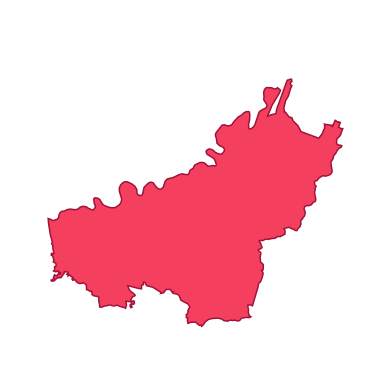 outline of Balteni, Gorj, Romania, rotated 107°
{"feature_id": "2599482B88811296912065", "entity_name": "Balteni", "entity_type": "district", "adm_level": 2, "iso_a3": "ROU", "parent_name": "Romania", "parent_adm1": "Gorj", "projection": "orthographic", "projection_center": [23.271, 44.874], "detail": "fine", "context": "isolated", "style": "filled", "palette": "rose", "viewbox_px": 384, "rotation_deg": 107, "n_neighbors": 0, "source": "geoboundaries", "source_scale": "gbopen_adm2", "svg_char_len": 6016}
<svg xmlns="http://www.w3.org/2000/svg" viewBox="0 0 384 384"><g transform="rotate(107 192 192)"><path d="M259.4,321.8L263.5,320.2L274.1,315.1L279.4,311.7L281.2,310.9L282.6,311.1L283.3,309.7L287.0,308.4L290.9,306.2L291.4,306.1L291.7,308.2L292.3,308.5L293.1,308.3L293.6,308.0L293.1,307.3L293.9,306.9L294.1,306.3L296.1,305.2L297.7,303.8L298.8,304.3L299.5,304.1L300.0,301.6L300.8,300.9L302.6,300.3L303.7,301.6L306.8,300.5L308.0,301.3L308.2,298.9L306.9,297.6L307.1,297.3L306.8,296.9L306.8,296.2L307.6,296.4L308.0,295.9L308.1,295.0L307.5,294.6L307.6,294.0L309.0,294.1L309.1,295.7L309.3,296.0L311.5,296.3L311.5,297.9L311.8,298.5L311.4,299.3L314.2,299.5L315.2,298.5L316.3,299.8L316.9,299.9L317.5,301.0L318.0,300.6L318.3,299.9L317.1,297.7L313.7,295.9L312.1,292.2L306.9,290.5L306.1,290.9L305.9,290.3L305.2,290.3L305.0,287.3L305.5,286.7L306.1,286.6L307.3,287.8L307.7,286.3L307.4,285.8L308.3,285.8L307.5,285.2L307.3,284.0L308.0,283.3L308.6,280.6L309.1,280.4L310.3,281.3L310.5,280.8L311.2,280.3L310.1,278.2L311.8,276.0L312.3,274.0L312.4,272.6L311.4,270.3L310.5,269.7L310.8,268.3L311.6,266.0L315.8,264.4L315.6,264.3L316.3,262.7L316.7,260.5L316.3,258.9L317.1,258.8L319.1,257.2L319.4,257.4L320.0,255.2L319.5,252.3L319.8,250.3L323.5,249.3L326.9,247.4L329.0,246.7L328.5,244.6L326.6,242.3L325.5,239.9L324.1,237.8L323.9,236.3L324.1,235.0L323.6,232.8L322.2,230.8L322.5,225.8L322.3,222.7L322.6,221.6L319.6,221.5L315.8,223.2L314.9,218.6L315.3,217.8L316.7,217.1L317.8,218.1L319.1,218.0L320.5,216.6L319.6,215.7L319.0,217.0L318.3,217.4L315.7,214.5L313.5,215.1L313.2,216.2L314.5,218.2L312.9,219.0L309.8,218.3L307.9,216.2L307.3,216.2L306.1,218.1L304.8,222.0L302.8,224.4L300.3,226.0L299.9,215.7L299.4,212.0L296.1,212.9L294.8,211.4L293.0,212.1L292.2,211.7L292.3,210.5L292.8,209.9L293.6,209.6L295.0,207.6L294.6,205.0L294.8,203.5L294.4,202.2L297.1,192.1L298.1,192.3L296.7,189.7L292.8,188.3L291.5,184.1L293.2,182.3L293.1,181.6L293.4,182.0L294.5,180.4L294.0,176.7L294.6,174.3L298.8,170.8L300.3,162.9L302.5,160.6L307.0,161.2L308.0,160.5L309.5,160.8L310.9,161.6L312.0,161.3L312.2,160.9L313.7,160.8L313.9,159.2L316.0,158.9L318.8,157.5L317.9,156.2L317.3,155.9L315.4,150.6L317.4,146.1L316.8,144.1L317.6,143.6L316.3,142.6L312.0,141.2L309.1,139.0L307.3,136.2L305.0,130.3L304.8,126.5L305.6,124.0L305.5,122.4L305.1,120.3L304.6,119.4L304.0,119.0L303.2,117.2L302.8,115.0L302.1,114.0L302.0,110.8L301.3,109.3L300.1,108.4L299.0,108.2L298.0,107.3L296.3,104.0L295.1,100.0L294.1,99.2L293.7,100.2L293.9,100.8L293.6,101.1L290.7,102.9L287.2,103.8L286.4,104.6L283.8,105.5L282.9,103.1L283.1,100.9L263.5,101.1L260.5,101.6L259.2,101.2L257.9,100.2L252.4,99.9L249.5,100.1L248.2,100.7L246.7,102.6L245.9,101.4L245.0,101.3L240.5,102.6L239.1,105.5L238.3,106.2L234.0,107.9L231.0,108.1L229.6,108.8L229.3,110.3L228.0,111.8L227.1,111.1L226.7,110.2L224.9,108.8L224.0,109.0L222.8,110.3L220.9,111.3L219.8,113.1L218.7,113.5L217.8,110.2L215.7,107.9L214.9,105.7L214.8,104.5L213.5,103.1L213.4,102.1L212.5,100.8L212.2,99.3L209.4,96.9L208.9,94.6L208.4,94.1L205.1,90.8L201.8,91.7L200.2,93.4L200.0,93.1L197.8,89.8L197.5,88.7L197.4,87.9L198.0,86.3L197.8,84.3L198.6,82.3L198.5,81.0L198.2,80.4L195.5,79.7L193.8,78.6L190.6,78.5L189.0,79.4L188.0,79.4L186.1,79.3L185.5,78.4L184.6,78.6L182.1,77.4L179.2,77.6L178.5,77.7L175.2,80.0L173.2,79.9L171.8,79.0L171.2,77.7L171.2,76.7L169.3,74.1L166.7,73.2L164.7,71.2L162.0,71.8L157.4,74.4L151.9,75.3L150.2,75.0L149.1,76.8L146.1,78.0L144.3,75.7L141.9,74.9L139.3,72.8L138.1,71.4L138.0,69.6L136.6,66.9L134.7,64.8L132.7,64.0L131.0,64.1L123.6,67.7L122.7,67.9L119.1,66.9L115.8,67.1L112.9,65.8L110.8,65.6L107.5,64.4L105.5,62.4L104.1,62.2L103.8,62.6L104.3,66.7L102.9,68.1L99.2,69.0L94.5,66.7L87.4,66.4L87.7,67.2L87.3,70.7L82.2,70.5L82.0,72.3L82.7,72.6L82.8,73.0L81.7,75.2L81.6,76.1L87.9,76.7L87.2,77.3L88.0,77.7L87.5,78.4L88.4,85.3L90.6,84.1L93.4,83.9L94.4,84.3L97.9,84.4L103.5,86.5L102.4,105.3L97.7,110.0L94.5,116.0L91.7,118.3L91.9,121.1L88.3,125.9L88.5,127.3L87.3,127.5L85.0,128.7L77.3,129.2L72.0,127.9L64.0,128.0L61.2,127.5L60.2,129.2L59.4,129.8L58.5,129.9L57.6,128.9L56.9,128.9L55.0,129.8L55.9,131.8L56.7,132.5L57.1,133.5L58.4,133.7L87.5,135.2L92.6,134.7L94.8,138.6L97.4,141.9L85.7,140.8L72.8,137.6L70.0,137.2L68.7,137.2L67.2,140.8L68.2,141.2L69.1,142.4L69.4,144.2L69.0,146.0L70.3,151.1L71.1,151.9L73.1,152.7L76.3,152.5L79.7,151.0L82.4,150.5L83.5,149.7L86.1,146.4L87.9,145.4L89.7,145.7L94.0,150.0L95.9,151.2L109.2,151.5L111.4,152.1L114.3,154.0L114.9,155.3L114.1,156.5L110.6,157.7L106.2,158.0L101.0,159.4L98.7,160.6L98.6,161.8L99.4,163.7L101.3,165.7L103.5,166.7L106.8,169.8L112.9,172.7L115.5,173.4L116.7,174.3L118.3,176.6L118.3,180.8L119.3,182.8L128.0,186.2L129.6,186.4L131.3,186.1L133.7,184.3L138.0,182.4L139.7,179.1L140.0,176.0L140.8,174.4L141.6,173.4L143.9,173.2L146.7,174.5L147.6,175.5L147.7,177.9L147.4,180.9L145.8,184.2L145.6,187.4L146.3,188.9L147.9,190.1L149.1,190.4L150.8,189.4L151.6,188.4L153.4,181.3L154.2,180.0L158.2,177.0L159.6,176.7L160.1,177.0L160.6,178.5L160.6,180.0L162.0,182.3L162.6,184.5L160.9,187.7L160.6,189.0L160.7,190.8L161.4,192.9L165.3,197.2L169.3,198.0L171.0,199.6L172.3,200.3L175.4,200.3L176.2,200.7L177.2,202.8L177.3,205.7L177.8,207.4L179.2,209.4L183.9,214.5L186.4,218.9L187.1,219.6L189.5,220.8L195.9,220.9L198.0,222.3L198.7,223.2L198.8,223.9L198.3,226.6L194.6,231.9L194.5,233.8L195.3,235.4L196.7,236.6L201.5,239.2L208.4,238.7L209.7,239.1L210.3,239.9L210.7,242.1L209.9,243.7L208.6,244.6L205.9,245.4L203.1,248.5L201.8,252.2L201.2,256.5L201.3,257.7L202.2,259.8L204.4,261.5L206.2,262.3L209.4,262.7L212.5,261.7L218.6,257.6L220.1,257.0L222.9,256.9L225.2,257.6L229.2,260.7L230.4,263.6L230.9,266.4L230.6,271.8L229.9,273.8L225.9,278.3L225.5,280.8L226.0,283.1L226.7,283.8L227.5,283.8L231.3,282.3L233.0,280.8L235.0,279.9L238.4,281.4L237.9,286.2L237.1,288.9L237.5,292.1L239.2,294.5L241.8,296.2L243.2,298.7L243.8,302.8L244.4,304.6L245.7,306.6L247.6,308.5L248.6,310.9L250.9,312.4L254.1,312.4L255.1,312.0L256.2,312.3L257.7,313.2L258.4,314.5L259.7,315.7L259.9,316.6L259.5,319.2L259.4,321.8Z" fill="#f43f5e" stroke="#9f1239" stroke-width="1.5"/></g></svg>